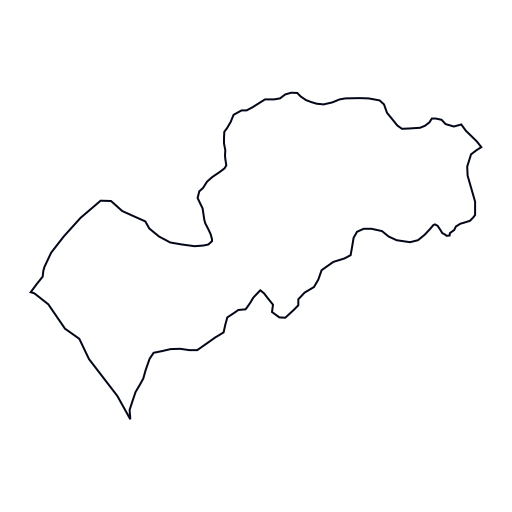 the district of Boganda, Lobaye, Central African Republic
{"feature_id": "33826404B33100016317003", "entity_name": "Boganda", "entity_type": "district", "adm_level": 2, "iso_a3": "CAF", "parent_name": "Central African Republic", "parent_adm1": "Lobaye", "projection": "mercator", "projection_center": [17.223, 4.309], "detail": "fine", "context": "isolated", "style": "outline", "palette": "ink", "viewbox_px": 512, "rotation_deg": 0, "n_neighbors": 0, "source": "geoboundaries", "source_scale": "gbopen_adm2", "svg_char_len": 2106}
<svg xmlns="http://www.w3.org/2000/svg" viewBox="0 0 512 512"><path d="M481.3,147.1L476.6,141.2L465.9,130.8L461.3,124.5L453.9,126.5L445.6,124.1L441.6,119.8L435.6,118.5L431.9,118.5L429.3,122.5L424.9,125.8L420.0,127.8L413.3,128.2L409.0,128.5L402.0,128.8L397.3,125.5L393.3,120.5L387.0,112.8L384.0,104.4L379.6,100.4L368.6,98.4L359.3,98.1L345.3,98.4L339.6,99.4L332.3,102.4L323.6,104.4L316.6,103.7L311.3,102.1L306.0,100.1L300.6,96.4L297.3,93.0L291.3,92.7L285.3,94.4L280.0,98.4L274.0,99.4L270.0,99.4L265.0,99.4L252.3,107.4L246.6,110.4L241.6,110.4L233.6,114.8L230.6,122.1L227.0,128.2L224.3,131.8L224.0,138.2L224.0,143.5L225.3,150.2L225.0,155.6L225.3,158.9L226.3,165.3L224.6,168.3L219.3,172.3L212.3,177.0L207.0,181.7L203.0,188.0L199.3,191.3L197.6,198.0L200.3,203.7L202.6,208.4L204.3,219.8L205.3,223.4L206.3,225.3L208.6,229.8L210.6,234.1L212.0,239.2L212.0,241.2L208.3,244.5L203.6,245.5L194.6,246.2L182.0,244.5L170.3,242.5L159.0,236.5L149.3,228.5L145.3,221.4L122.3,211.1L111.0,201.0L100.6,200.7L80.6,217.8L63.8,236.4L51.2,252.6L44.4,267.0L43.3,271.0L42.7,276.6L36.7,284.1L30.7,292.2L34.3,293.3L48.3,304.3L65.0,328.7L79.3,338.8L89.0,359.1L117.3,395.9L130.3,419.3L129.6,409.9L132.0,402.6L135.6,391.9L139.6,385.2L143.3,378.5L145.6,370.2L149.6,358.8L153.6,352.8L162.0,351.1L170.6,349.1L180.3,348.8L189.0,350.1L197.3,350.1L215.3,337.4L223.6,332.4L225.3,324.7L227.3,317.4L234.0,313.0L238.3,310.0L245.6,309.3L247.3,307.0L250.3,302.7L253.3,297.6L260.3,290.3L264.0,293.3L267.3,297.6L273.0,304.7L272.0,312.0L279.3,317.4L285.3,317.7L294.0,309.7L298.3,305.3L298.3,299.3L304.6,292.6L314.0,287.0L318.3,279.6L321.6,270.2L333.3,261.9L344.3,258.5L350.6,255.2L352.0,247.5L353.6,237.8L357.0,231.8L363.6,228.8L371.6,228.8L382.0,231.1L388.6,236.5L396.6,240.2L410.0,242.2L418.0,240.2L424.6,234.8L429.6,229.5L433.3,225.1L434.9,224.4L437.6,225.8L440.3,229.8L442.3,233.1L444.9,234.5L446.6,235.8L449.6,235.5L449.9,233.1L454.2,230.0L455.9,226.5L460.4,223.7L464.6,222.5L470.0,220.8L473.2,217.5L475.1,215.0L475.1,209.2L475.1,201.7L467.6,175.6L467.2,166.6L471.0,154.4L476.2,150.4L481.3,147.1Z" fill="none" stroke="#020617" stroke-width="2"/></svg>